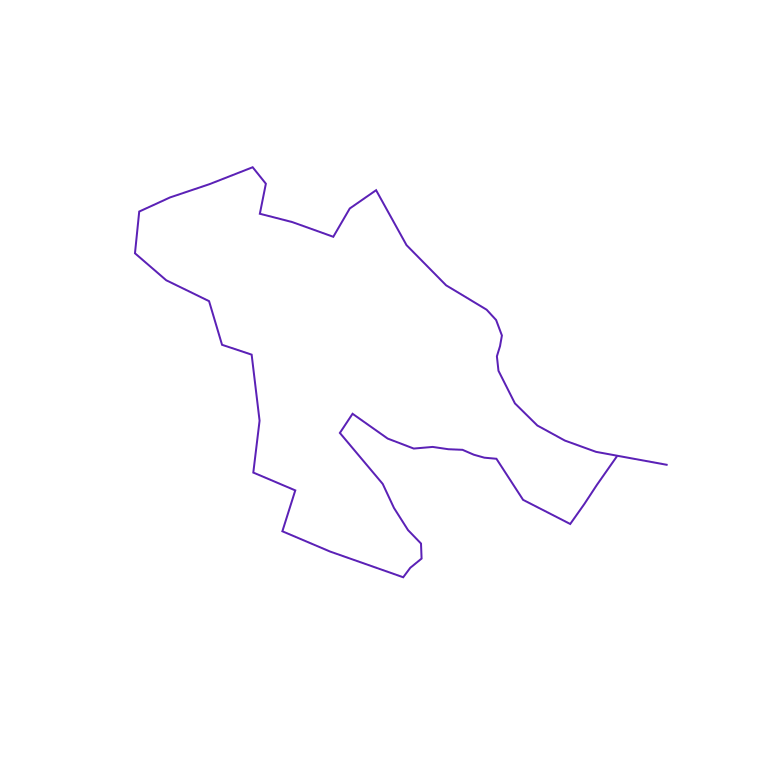 map outline of Nauksenu (Equal Earth projection), rotated 23°
{"feature_id": "LVA-5792", "entity_name": "Nauksenu", "entity_type": "Municipality", "adm_level": 1, "iso_a3": "LVA", "parent_name": "Latvia", "parent_adm1": "", "projection": "equal_earth", "projection_center": [25.495, 57.899], "detail": "fine", "context": "isolated", "style": "outline", "palette": "violet", "viewbox_px": 768, "rotation_deg": 23, "n_neighbors": 0, "source": "natural_earth", "source_scale": "10m", "svg_char_len": 848}
<svg xmlns="http://www.w3.org/2000/svg" viewBox="0 0 768 768"><g transform="rotate(23 384 384)"><path d="M475.6,302.1L476.0,303.7L477.1,314.4L484.2,327.1L512.1,350.7L541.4,362.3L572.6,365.4L605.7,363.6L676.7,347.7L626.8,358.9L619.4,393.6L615.3,416.2L610.1,440.1L557.3,436.3L516.7,408.9L505.2,412.6L494.3,414.0L482.0,413.9L468.7,418.9L453.4,422.9L436.6,431.8L408.7,432.8L366.7,423.7L362.5,446.3L421.9,476.5L441.6,494.2L463.2,509.1L480.4,516.4L486.8,530.0L480.0,542.9L477.2,554.4L399.8,559.3L348.0,559.3L343.9,516.6L298.3,516.6L283.8,466.4L250.7,408.7L219.6,411.2L190.6,376.1L143.0,373.6L103.7,361.0L91.3,320.9L114.1,295.9L145.2,268.3L178.4,235.8L197.0,245.8L203.2,275.8L236.3,270.8L279.8,268.3L283.9,235.8L301.0,208.7L350.5,247.4L402.6,268.9L449.4,275.5L462.2,281.3L473.6,293.3L475.6,302.1Z" fill="none" stroke="#5b21b6" stroke-width="2"/></g></svg>